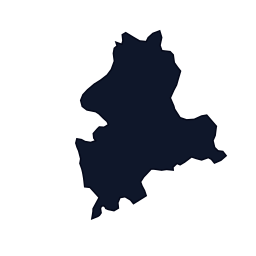 outline of Chuncheon-si, Gangwon, South Korea, rotated 145°
{"feature_id": "91817680B67839742247787", "entity_name": "Chuncheon-si", "entity_type": "district", "adm_level": 2, "iso_a3": "KOR", "parent_name": "South Korea", "parent_adm1": "Gangwon", "projection": "albers", "projection_center": [127.767, 37.873], "detail": "fine", "context": "isolated", "style": "filled", "palette": "ink", "viewbox_px": 256, "rotation_deg": 145, "n_neighbors": 0, "source": "geoboundaries", "source_scale": "gbopen_adm2", "svg_char_len": 1519}
<svg xmlns="http://www.w3.org/2000/svg" viewBox="0 0 256 256"><g transform="rotate(145 128 128)"><path d="M209.7,74.4L203.4,72.9L201.4,72.9L198.7,73.9L197.7,75.9L196.8,77.8L194.7,79.2L192.6,78.4L192.0,76.6L192.3,74.8L190.9,72.6L186.9,68.3L181.8,67.9L179.2,72.6L174.5,75.6L169.8,73.4L167.2,67.6L166.9,62.9L151.9,62.1L150.4,67.2L149.7,72.7L148.6,76.7L143.2,78.9L132.6,81.1L130.4,79.6L124.6,74.2L120.2,72.0L115.1,67.6L113.7,70.1L108.2,70.9L106.4,68.0L101.3,67.6L92.5,67.9L89.6,63.9L86.0,59.6L79.1,57.7L77.6,54.5L77.3,49.7L70.4,48.3L63.5,49.0L63.8,54.4L67.4,57.7L68.2,62.4L65.6,69.0L60.9,71.9L55.0,78.4L54.6,78.7L56.1,93.4L60.8,95.6L68.8,97.1L75.4,101.1L79.4,106.6L79.0,116.8L77.9,119.7L76.1,128.4L68.7,132.8L63.6,135.4L59.2,139.0L52.3,144.5L52.6,149.6L52.6,155.0L49.0,162.0L49.7,166.4L55.9,171.9L54.4,177.3L48.5,182.8L46.3,189.4L53.3,191.2L59.2,190.5L59.5,190.5L63.5,188.3L68.6,192.7L71.5,199.0L75.2,207.4L79.2,207.7L82.2,202.3L85.1,200.1L88.7,205.2L89.8,201.5L93.5,201.2L97.2,197.5L100.8,190.6L108.1,185.5L114.7,183.3L123.1,182.9L130.4,183.3L139.2,182.5L145.8,181.1L150.9,177.8L153.1,171.9L151.3,166.4L145.1,159.9L143.6,156.2L142.5,150.0L141.4,145.3L142.1,142.0L147.2,142.3L150.9,145.3L153.4,144.9L159.6,143.4L161.8,139.4L161.8,136.1L166.9,137.6L171.0,141.6L172.8,145.2L176.1,148.5L179.4,145.6L180.8,141.2L181.5,137.6L184.4,129.9L187.7,126.6L189.2,121.1L190.6,117.5L193.2,112.0L197.2,104.7L193.2,101.2L191.5,87.6L202.9,81.9L204.6,79.6L206.8,77.3L209.7,74.4Z" fill="#0f172a" stroke="#020617" stroke-width="1.5"/></g></svg>